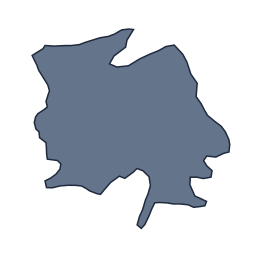 outline of Acheritou, Cyprus, rotated 276°
{"feature_id": "46923920B61147384181121", "entity_name": "Acheritou", "entity_type": "district", "adm_level": 2, "iso_a3": "CYP", "parent_name": "Cyprus", "parent_adm1": "", "projection": "albers", "projection_center": [33.854, 35.105], "detail": "fine", "context": "isolated", "style": "filled", "palette": "slate", "viewbox_px": 256, "rotation_deg": 276, "n_neighbors": 0, "source": "geoboundaries", "source_scale": "gbopen_adm2", "svg_char_len": 1521}
<svg xmlns="http://www.w3.org/2000/svg" viewBox="0 0 256 256"><g transform="rotate(276 128 128)"><path d="M109.1,41.1L104.9,47.9L101.1,48.7L93.6,49.8L88.6,51.0L88.3,61.2L85.2,65.0L79.9,64.6L74.6,61.2L70.1,56.3L66.7,51.0L60.2,53.2L60.4,56.2L60.6,58.9L63.3,66.5L64.8,74.5L65.5,82.1L65.5,87.8L63.6,92.4L61.4,96.6L59.5,103.8L59.1,107.6L63.2,110.3L72.0,116.4L79.2,124.4L77.6,130.1L84.5,137.7L88.6,141.1L87.1,147.2L81.8,154.0L73.1,156.3L64.4,154.8L58.3,152.9L48.1,151.0L41.3,148.7L32.6,147.2L29.5,151.7L33.7,154.8L42.0,157.8L50.0,160.1L56.4,162.4L57.2,167.0L57.6,174.6L57.2,181.0L57.9,187.5L57.9,195.9L56.0,201.6L57.5,208.4L58.7,212.6L63.2,213.8L67.4,201.6L78.0,195.5L85.6,195.1L86.3,201.6L85.6,208.1L87.8,215.7L94.3,216.1L98.5,210.4L103.4,206.6L108.3,209.2L108.3,218.4L112.9,226.0L114.7,230.9L122.3,230.9L127.3,229.4L134.4,225.2L139.4,220.6L144.3,212.6L148.8,205.8L153.4,202.4L159.8,198.2L166.3,192.5L179.8,192.1L188.1,184.9L199.9,179.6L207.0,174.8L215.3,165.3L212.9,157.0L208.2,150.5L204.1,142.7L198.1,132.6L189.9,121.9L187.5,110.6L189.8,102.9L198.1,106.5L208.2,117.2L215.3,117.8L226.5,123.2L226.5,118.3L225.0,111.8L223.8,109.9L219.6,104.2L218.1,100.8L217.4,100.0L214.7,90.4L208.8,76.8L205.8,70.8L204.0,62.5L203.4,56.6L201.7,45.9L201.4,36.9L197.7,35.0L194.3,30.4L190.1,25.1L185.2,28.1L181.0,30.8L176.1,33.1L172.3,36.1L167.4,39.9L162.5,43.7L156.8,46.0L151.9,44.9L145.8,43.7L140.5,45.6L137.5,42.6L132.9,36.9L129.5,35.0L123.8,34.2L117.4,36.5L114.8,39.9L109.1,41.1Z" fill="#64748b" stroke="#1e293b" stroke-width="1.5"/></g></svg>